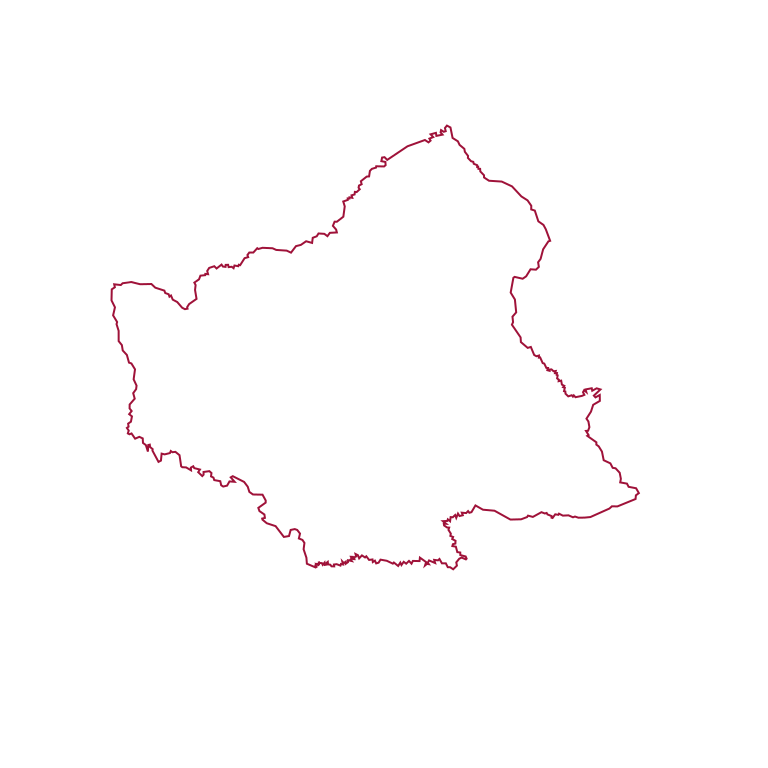 outline of Sumedang, Jawa Barat, Indonesia, rotated 140°
{"feature_id": "22746128B19624873108228", "entity_name": "Sumedang", "entity_type": "district", "adm_level": 2, "iso_a3": "IDN", "parent_name": "Indonesia", "parent_adm1": "Jawa Barat", "projection": "robinson", "projection_center": [107.99, -6.81], "detail": "fine", "context": "isolated", "style": "outline", "palette": "rose", "viewbox_px": 768, "rotation_deg": 140, "n_neighbors": 0, "source": "geoboundaries", "source_scale": "gbopen_adm2", "svg_char_len": 6166}
<svg xmlns="http://www.w3.org/2000/svg" viewBox="0 0 768 768"><g transform="rotate(140 384 384)"><path d="M321.5,538.0L321.4,533.1L322.7,530.4L328.3,534.6L332.3,533.6L333.2,537.4L337.4,541.4L340.6,540.4L344.6,541.8L348.4,538.3L351.9,543.4L358.3,544.0L362.8,546.2L370.8,544.4L372.8,548.7L380.4,556.0L382.1,559.6L389.5,566.4L393.5,568.2L393.8,569.5L399.6,568.7L402.7,571.3L405.7,570.6L406.5,568.5L409.9,570.0L417.8,567.5L418.6,568.7L419.9,567.9L422.4,570.9L424.8,569.4L425.3,571.7L427.9,573.4L426.8,575.5L428.7,577.0L430.1,575.6L431.9,577.5L431.7,579.9L438.0,580.1L438.3,583.3L443.3,585.3L446.8,584.2L448.2,581.2L450.1,583.2L451.0,582.3L455.0,585.0L458.4,583.1L464.1,583.6L464.7,580.9L468.3,577.5L472.9,569.7L481.9,570.5L485.4,569.4L486.1,568.0L488.4,569.3L489.6,572.2L489.7,579.7L491.6,584.4L490.3,588.7L492.2,588.8L491.3,591.2L493.1,594.3L492.2,596.7L497.3,604.8L497.9,610.1L506.7,617.2L512.1,624.6L519.5,629.2L522.0,629.0L526.6,633.8L528.0,631.1L531.7,631.5L539.0,623.2L540.8,615.7L547.4,610.7L548.6,603.0L550.4,601.8L553.1,595.3L559.7,587.4L559.8,582.3L562.6,577.6L562.3,571.5L565.6,564.3L564.3,562.1L565.3,555.3L572.8,548.5L574.6,541.8L577.2,539.4L582.0,538.2L584.4,533.0L592.0,531.8L594.6,528.8L594.7,525.5L598.6,524.7L597.9,521.2L602.1,517.8L605.5,518.1L607.1,515.5L609.2,515.6L609.5,512.4L612.0,510.8L611.3,509.1L609.2,508.4L609.8,502.1L605.4,500.8L603.8,497.4L606.5,493.8L605.7,490.3L608.3,484.0L603.8,488.8L602.4,488.1L603.7,486.1L603.1,482.8L604.2,481.8L606.8,469.3L604.1,468.7L599.1,473.6L597.3,471.1L592.4,468.7L590.4,469.7L590.0,467.8L587.4,466.1L586.4,460.9L592.3,451.3L592.0,449.9L589.2,447.3L587.3,441.9L585.7,444.1L583.0,443.6L583.4,441.5L580.0,436.8L583.0,435.9L582.4,430.3L580.5,430.5L578.8,432.6L573.8,429.5L573.4,426.7L575.9,424.4L574.8,421.9L575.8,419.5L571.9,414.8L573.8,411.1L573.1,408.8L569.5,407.0L565.0,408.7L561.3,405.1L561.4,411.0L559.1,410.6L554.1,398.9L554.4,392.9L556.5,387.9L555.4,383.6L548.2,377.3L549.5,370.8L550.9,369.2L559.9,369.9L561.1,366.7L559.5,360.9L561.3,358.0L563.8,359.2L564.3,358.2L563.3,352.7L558.4,344.8L559.0,331.2L554.5,328.6L549.3,332.2L545.6,330.2L544.3,328.0L544.5,323.4L548.5,320.4L546.7,317.0L547.1,313.4L551.8,309.1L555.1,300.8L558.6,295.9L554.3,287.4L553.3,287.3L553.6,288.8L552.2,289.7L550.2,286.8L550.7,288.9L549.6,287.8L548.2,289.9L548.4,288.3L546.7,286.7L547.2,284.9L544.4,285.4L545.7,283.5L543.4,282.2L543.0,283.9L541.4,283.9L542.8,281.8L541.3,280.1L541.4,278.1L539.4,276.3L538.4,277.9L536.1,276.4L534.1,272.9L532.7,273.8L531.5,272.2L530.0,274.9L529.9,272.6L527.6,272.5L528.9,270.9L526.1,270.7L524.8,272.1L522.5,269.1L522.4,271.1L520.9,271.2L520.4,272.9L519.0,271.6L520.2,269.8L519.2,268.8L518.3,270.4L516.2,269.8L515.1,272.1L514.0,269.6L515.1,266.4L511.1,266.9L510.0,263.3L508.3,263.4L508.5,258.8L505.6,257.0L507.0,254.8L504.5,254.5L505.3,251.6L503.0,250.6L499.6,251.7L495.5,246.8L492.7,240.7L491.2,240.9L490.1,235.5L486.3,236.7L487.0,234.1L483.2,235.1L482.5,232.1L478.6,232.4L478.4,228.7L475.6,229.9L470.6,225.5L468.1,227.9L466.2,220.5L469.2,218.6L466.7,218.6L465.5,217.2L465.4,218.9L462.9,219.9L459.9,214.0L458.6,217.0L456.0,214.2L454.0,214.3L454.9,209.4L451.9,206.9L452.9,202.7L451.1,201.1L450.1,197.6L444.9,198.0L443.3,200.9L438.6,201.8L436.1,201.1L434.0,197.0L433.0,197.1L432.3,199.4L435.5,203.9L433.9,205.9L435.9,208.1L433.5,213.2L435.8,215.9L434.2,217.0L431.9,215.9L430.0,217.9L431.4,221.4L429.4,222.4L430.8,225.0L429.0,226.4L428.4,230.8L426.4,232.1L427.9,233.5L428.9,237.0L428.0,238.5L426.2,236.9L427.0,241.0L423.5,238.4L422.1,239.3L421.6,236.4L418.5,239.2L417.0,237.7L413.7,237.9L414.7,235.0L410.6,237.2L411.0,234.3L408.0,232.8L407.1,235.4L404.0,232.3L401.3,232.6L401.4,230.5L399.4,229.6L392.0,232.2L389.0,224.1L380.8,215.9L374.3,198.9L365.9,192.2L359.9,190.1L358.3,190.6L355.4,186.5L345.8,184.6L344.0,181.4L342.3,180.7L342.6,179.0L340.5,175.1L341.6,173.9L341.0,173.0L336.6,174.1L334.5,171.7L333.3,172.2L331.6,168.2L327.1,164.8L324.9,160.4L322.9,159.7L321.0,156.6L316.2,152.7L311.4,149.4L291.4,143.7L288.0,143.8L283.9,140.2L265.2,134.2L262.6,136.8L258.9,136.6L257.9,142.1L262.7,148.0L261.9,151.5L266.3,156.8L263.5,159.1L260.5,164.5L260.8,170.6L262.7,172.8L261.6,177.7L264.7,184.4L260.5,192.1L259.6,198.2L260.3,201.1L258.8,202.8L261.6,213.6L260.1,213.4L259.4,218.2L257.7,217.0L254.4,218.9L251.5,223.9L251.2,227.3L243.2,229.8L237.1,233.6L229.5,232.3L225.8,236.9L230.6,237.8L230.7,240.2L221.7,240.7L223.9,244.0L228.8,245.0L227.6,247.2L233.1,250.3L234.2,247.8L234.7,250.6L236.8,249.8L237.5,246.9L240.1,247.7L245.8,250.8L245.9,253.3L247.4,252.9L247.4,254.7L250.8,256.1L251.2,259.9L249.9,261.7L250.7,262.8L247.9,264.9L248.8,266.4L247.1,266.7L248.1,269.2L246.1,272.7L248.4,273.9L247.3,274.9L247.8,277.0L245.4,279.0L245.9,280.1L244.5,281.2L246.0,282.4L244.1,283.6L245.9,284.7L246.3,287.5L248.0,288.8L248.7,287.7L250.0,289.6L248.1,290.9L249.3,292.0L248.1,296.6L249.0,298.0L247.3,304.0L248.4,304.7L247.0,306.2L249.4,307.3L250.3,309.7L247.7,318.0L250.7,319.3L252.2,328.1L249.4,331.9L247.9,347.2L245.4,348.4L242.3,353.0L236.7,353.9L229.4,364.6L228.2,372.6L216.6,382.2L215.1,382.1L210.1,375.5L205.9,375.1L198.0,377.7L194.1,373.9L190.1,374.2L187.7,378.2L183.6,379.2L175.5,384.9L166.4,387.6L164.7,386.9L160.6,398.5L159.6,403.3L161.2,409.4L157.0,419.9L159.0,423.1L156.6,425.9L156.0,432.4L158.2,439.4L158.9,453.1L163.7,463.4L172.9,472.2L174.6,477.9L173.2,479.6L173.6,484.9L172.1,487.0L173.4,488.1L172.2,489.9L173.1,490.4L172.0,491.8L173.7,495.0L172.8,496.8L174.1,498.7L174.4,503.3L173.0,504.7L172.8,509.9L171.3,512.5L172.4,518.6L171.4,522.4L173.3,528.4L168.2,537.8L169.7,541.5L172.8,540.9L174.2,538.0L176.1,538.8L177.1,541.8L178.9,540.4L178.9,537.4L184.4,540.4L182.8,543.0L187.8,545.3L187.6,541.5L191.5,542.8L191.9,540.5L194.6,540.5L195.8,544.6L213.2,551.0L237.5,553.6L237.8,557.4L239.9,558.7L242.8,556.4L240.2,553.2L242.1,550.6L244.1,550.6L250.0,555.8L251.0,554.9L255.0,556.6L257.8,556.3L262.0,552.6L263.9,554.0L271.4,554.2L272.7,551.4L275.6,552.1L277.3,550.7L277.4,548.8L281.6,548.6L282.8,549.9L284.7,548.1L287.6,549.4L288.6,547.0L290.5,549.2L291.3,548.3L292.5,549.5L293.4,548.3L297.9,550.0L299.9,545.3L307.6,538.3L315.8,538.6L317.5,540.1L321.5,538.0Z" fill="none" stroke="#9f1239" stroke-width="2"/></g></svg>